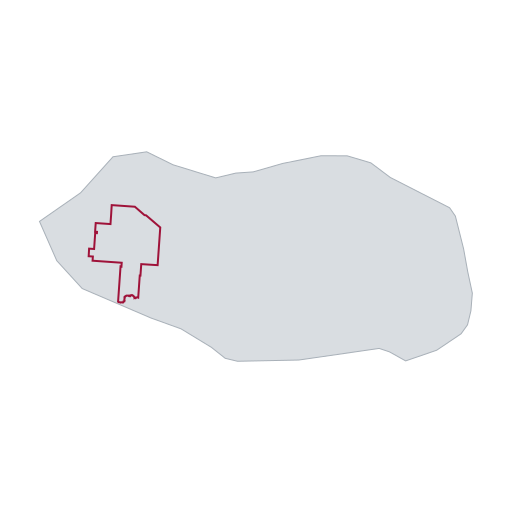 76, Al Khawr, Qatar (highlighted), rotated 274°
{"feature_id": "91078587B47360643234421", "entity_name": "76", "entity_type": "district", "adm_level": 2, "iso_a3": "QAT", "parent_name": "Qatar", "parent_adm1": "Al Khawr", "projection": "albers", "projection_center": [51.019, 25.84], "detail": "fine", "context": "in_parent", "style": "outline", "palette": "rose", "viewbox_px": 512, "rotation_deg": 274, "n_neighbors": 0, "source": "geoboundaries", "source_scale": "gbopen_adm2", "svg_char_len": 2097}
<svg xmlns="http://www.w3.org/2000/svg" viewBox="0 0 512 512"><g transform="rotate(274 256 256)"><path d="M277.6,462.6L255.1,468.3L234.0,474.4L216.3,474.2L202.1,471.8L192.7,466.0L174.6,442.8L161.8,412.6L169.7,395.8L172.4,385.3L155.2,305.9L149.7,244.9L151.8,232.4L161.7,218.0L178.1,186.3L186.8,155.6L211.4,84.9L237.4,57.6L275.4,37.6L306.8,76.6L345.0,106.4L352.3,139.7L341.2,166.9L331.1,210.3L337.3,230.1L339.7,247.3L350.2,276.2L360.5,313.7L362.3,339.9L356.9,364.1L343.7,384.5L317.6,445.8L309.7,452.1L277.6,462.6Z" fill="#d9dde1" stroke="#a8b0b8" stroke-width="1"/><path d="M296.7,108.5L288.0,108.6L277.7,108.6L277.7,93.8L269.0,93.8L269.0,95.7L267.7,95.7L267.7,94.0L264.1,94.0L251.7,94.0L251.7,89.0L244.1,89.1L244.1,93.3L239.9,93.3L239.9,122.5L236.0,122.5L236.2,121.6L201.0,121.6L200.9,121.6L200.8,122.0L200.6,122.1L200.4,122.2L200.4,122.8L200.3,123.3L200.3,123.7L200.2,123.9L200.1,124.0L200.2,124.5L200.4,124.7L200.4,125.5L199.7,125.5L200.4,125.6L200.4,125.9L200.3,126.1L200.3,126.4L200.3,126.5L200.5,126.6L200.6,126.8L201.3,126.9L201.3,127.0L201.5,127.1L201.6,127.8L201.8,127.8L202.1,127.9L202.2,128.0L202.6,128.0L203.3,127.7L204.8,127.9L205.0,127.8L205.1,127.7L205.6,127.7L205.7,127.8L205.9,127.8L205.9,128.0L206.0,128.0L206.5,128.3L206.6,128.5L206.8,128.5L206.9,128.8L207.2,129.1L207.2,129.5L207.3,129.7L207.5,129.8L207.6,131.5L207.4,131.7L207.5,131.8L207.6,132.0L207.4,132.1L207.3,132.4L207.4,132.5L207.5,132.6L207.5,132.9L207.1,133.0L207.1,133.3L207.3,133.4L207.5,133.6L208.1,133.8L208.2,134.3L208.2,134.9L208.3,134.9L208.4,135.0L208.3,135.4L208.2,135.6L208.0,135.8L207.8,135.8L207.7,136.1L207.7,136.3L207.7,136.5L207.4,136.7L207.3,136.8L207.1,136.9L206.9,137.1L206.5,137.3L206.5,137.5L206.3,137.5L205.8,137.7L205.8,137.8L205.6,137.8L205.7,138.0L205.6,138.4L205.8,138.4L205.7,138.6L205.8,138.7L205.8,139.0L206.2,139.4L206.3,139.7L206.1,139.7L206.2,140.0L206.4,140.3L206.5,140.6L206.6,140.8L206.5,141.2L206.4,141.4L228.4,141.4L228.4,142.1L239.9,142.1L240.0,158.5L277.8,158.5L288.9,143.5L289.0,141.9L296.7,131.7L296.7,130.5L296.7,108.5Z" fill="none" stroke="#9f1239" stroke-width="2"/></g></svg>